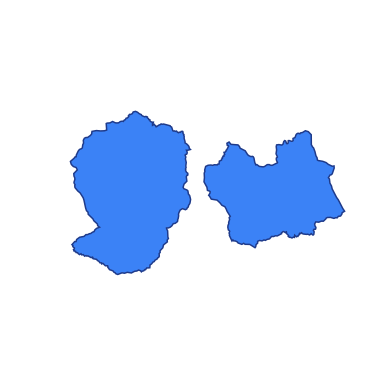 Ubalá, Cundinamarca, Colombia, rotated 323°
{"feature_id": "7082276B3208116605104", "entity_name": "Ubalá", "entity_type": "district", "adm_level": 2, "iso_a3": "COL", "parent_name": "Colombia", "parent_adm1": "Cundinamarca", "projection": "natural_earth1", "projection_center": [-73.441, 4.757], "detail": "fine", "context": "isolated", "style": "filled", "palette": "blue", "viewbox_px": 384, "rotation_deg": 323, "n_neighbors": 0, "source": "geoboundaries", "source_scale": "gbopen_adm2", "svg_char_len": 6051}
<svg xmlns="http://www.w3.org/2000/svg" viewBox="0 0 384 384"><g transform="rotate(323 192 192)"><path d="M164.7,85.7L161.1,91.2L158.9,90.4L155.7,88.2L152.6,85.4L148.6,83.4L146.7,85.3L144.8,85.7L141.4,85.6L140.0,84.6L138.4,84.3L136.3,85.3L134.8,87.7L133.1,88.6L131.0,90.7L130.0,90.9L127.7,90.3L125.8,90.8L121.8,92.9L120.7,94.1L119.8,93.6L118.0,94.1L113.3,94.4L112.3,97.0L112.3,98.4L112.6,100.3L114.2,102.7L113.7,105.3L108.7,106.1L107.3,108.3L106.9,110.1L106.1,111.4L103.6,113.2L103.1,114.3L103.0,115.8L102.1,116.4L101.2,118.1L101.4,122.5L102.1,125.5L101.6,131.2L100.8,133.5L97.4,140.8L96.5,143.4L96.8,145.6L95.7,147.3L96.7,153.8L96.3,155.9L97.2,160.6L96.4,162.1L97.0,164.5L93.9,163.6L91.6,163.8L90.0,164.7L88.3,164.2L86.2,164.2L84.8,163.5L83.0,163.2L81.6,162.2L79.1,162.5L75.0,160.5L71.3,160.5L69.6,161.8L68.5,161.0L64.4,161.8L64.7,163.1L64.1,163.6L64.0,164.5L64.4,166.0L63.5,166.7L62.7,166.7L62.7,167.4L62.3,167.8L62.8,168.1L62.8,169.2L63.3,169.4L63.0,170.6L64.1,171.6L64.0,172.6L64.5,174.3L66.2,174.5L66.1,175.9L67.5,176.6L67.6,178.6L69.1,179.0L69.5,180.0L70.4,180.3L71.9,183.6L73.4,184.2L73.4,184.6L72.8,184.8L72.9,185.8L75.3,188.4L75.2,189.8L75.9,191.1L75.9,193.2L77.0,194.1L76.6,195.1L77.9,195.4L78.4,198.8L80.2,200.1L80.2,200.6L79.5,201.3L79.4,204.4L81.4,207.4L81.4,209.2L82.0,210.2L82.0,211.5L83.1,213.2L87.4,214.4L89.3,216.3L92.0,217.2L94.9,220.2L98.5,220.8L100.4,221.9L102.4,222.2L103.5,223.9L103.5,225.3L104.4,225.2L106.1,225.9L107.5,225.5L108.1,226.1L110.0,225.4L112.7,227.1L114.6,225.0L116.4,225.1L118.6,224.5L120.0,224.8L121.4,224.2L124.0,224.5L124.9,224.0L126.2,224.1L127.3,223.5L128.7,221.4L130.2,221.1L131.1,219.7L135.1,219.0L137.4,217.1L142.3,217.0L143.2,215.5L145.2,214.9L145.6,213.5L149.2,208.3L149.5,206.3L150.0,205.4L151.6,206.5L153.5,207.0L155.5,206.9L158.0,206.0L159.7,206.9L162.3,206.9L163.2,206.5L163.7,205.6L164.8,205.0L167.0,203.0L167.7,201.8L168.8,200.8L171.7,199.3L174.4,199.6L176.1,202.2L177.7,202.4L178.6,201.8L180.0,201.7L181.3,200.6L183.3,199.9L184.4,199.0L186.4,197.1L187.2,195.3L188.0,193.4L187.9,191.5L189.4,188.6L189.2,187.4L187.5,184.5L187.7,182.9L190.4,180.9L194.4,180.3L196.6,176.4L198.1,175.6L198.6,176.0L199.1,175.7L199.9,174.5L199.5,173.0L199.8,171.0L200.5,170.4L200.6,169.7L201.9,169.0L202.7,167.5L205.2,164.9L206.7,161.5L208.1,160.4L208.7,158.4L209.4,158.1L210.4,158.6L211.4,158.1L212.1,157.3L212.7,155.3L213.5,156.0L216.3,157.1L216.1,155.7L216.9,153.9L217.0,152.7L216.7,150.5L216.0,148.6L216.8,147.5L218.0,144.4L219.4,142.6L219.5,141.7L220.1,141.3L220.0,140.1L220.5,139.0L220.9,138.8L221.0,137.9L219.8,137.1L218.7,137.4L217.8,136.5L217.0,136.6L216.4,135.7L216.3,134.0L215.1,133.5L214.8,132.7L213.7,132.0L213.6,131.4L214.8,127.9L214.3,126.8L214.4,125.9L210.2,120.6L209.5,120.4L208.2,119.0L207.6,119.2L205.8,118.6L202.9,118.5L202.5,118.2L202.9,117.2L202.4,115.8L202.5,115.2L200.6,115.0L201.6,113.6L202.5,113.6L203.2,113.0L202.0,112.1L201.3,110.7L201.3,109.7L201.8,109.0L201.1,108.2L201.4,107.3L201.0,105.7L201.5,105.2L200.7,103.9L199.5,103.5L198.1,101.2L197.9,100.2L198.1,99.7L197.0,97.7L196.5,95.5L195.4,93.6L193.2,92.7L191.5,93.5L189.3,93.0L188.8,92.4L187.0,92.9L186.9,93.7L184.9,94.0L183.9,93.4L182.2,94.1L181.2,93.8L179.6,94.3L179.0,93.5L177.2,92.6L175.1,92.6L173.6,91.7L172.4,90.6L171.0,87.9L168.0,87.4L165.7,85.9L164.7,85.7ZM249.2,174.1L248.2,176.0L249.0,176.8L248.9,177.4L245.1,179.2L244.3,179.2L243.8,179.8L242.6,180.1L241.4,179.6L240.7,181.7L239.6,181.8L239.0,182.6L238.2,182.1L237.8,182.6L236.9,182.7L236.5,183.5L235.4,183.5L234.7,184.3L232.4,183.8L230.5,185.9L229.4,185.3L228.6,185.6L226.1,183.6L224.6,183.2L223.3,181.8L220.9,180.3L218.3,179.8L215.3,182.1L214.8,183.2L213.1,184.3L210.5,188.1L207.7,191.1L206.8,197.2L205.3,200.0L206.6,201.9L206.7,202.6L205.7,203.7L203.3,204.7L203.5,205.8L203.1,209.3L207.1,213.5L207.8,217.4L207.9,220.6L209.4,223.5L209.1,225.9L208.4,228.6L207.9,234.5L206.3,234.8L205.5,236.6L203.0,238.3L202.3,239.4L200.7,240.3L199.4,241.7L198.2,244.2L198.6,245.3L198.4,246.1L196.9,247.1L196.6,248.2L195.7,249.2L194.4,255.2L195.8,254.9L195.9,256.2L197.1,257.1L198.1,259.0L198.1,260.4L200.3,263.8L202.4,264.1L202.9,265.7L206.6,268.6L208.8,274.4L209.9,274.1L211.5,272.6L213.7,272.3L214.6,271.0L215.0,270.9L216.8,271.4L218.5,273.2L220.6,273.6L221.5,274.8L223.3,275.0L225.7,276.1L228.8,275.4L230.4,276.7L232.2,277.1L233.7,278.4L238.5,279.2L238.9,278.5L241.0,278.4L241.6,279.1L242.0,280.3L243.4,280.6L243.3,281.0L242.4,281.2L242.9,284.9L242.1,285.4L242.6,286.9L243.1,287.1L244.2,288.9L246.0,289.1L246.5,289.9L248.0,288.3L248.4,290.6L249.5,290.6L249.8,291.2L251.4,290.6L252.2,290.7L252.8,289.8L253.4,289.8L253.9,290.7L254.9,290.4L255.4,292.3L258.0,294.8L259.0,295.3L260.1,297.1L262.2,297.0L262.5,298.9L263.0,299.3L263.7,299.2L265.6,297.3L265.9,295.6L267.1,295.2L268.1,296.0L268.6,295.9L269.7,294.8L269.8,293.2L270.7,291.3L272.9,290.4L275.1,292.4L277.7,293.1L279.4,294.4L282.8,294.0L283.5,293.6L284.7,293.8L287.3,295.6L289.5,298.5L291.3,299.0L292.4,300.0L294.2,299.5L296.2,300.6L298.3,299.9L299.5,298.9L302.3,299.2L302.5,295.8L304.1,286.5L304.2,283.3L305.8,273.9L307.0,271.2L307.5,267.9L309.6,264.3L309.5,262.7L312.4,261.5L313.5,262.0L314.9,261.9L319.9,258.5L321.1,256.7L319.5,255.8L317.5,252.0L316.8,249.2L314.9,246.2L311.8,242.9L311.4,241.9L312.5,239.9L312.8,237.6L314.5,233.7L315.6,230.0L315.4,228.6L315.8,226.0L321.7,218.0L321.2,213.8L319.4,211.3L316.1,211.0L314.2,210.1L313.2,210.4L312.1,208.9L310.9,208.6L309.7,208.8L307.0,210.5L304.9,210.0L303.7,211.8L302.7,211.8L302.0,211.4L300.5,209.3L299.8,208.9L298.3,210.7L297.5,210.9L296.7,210.2L297.5,207.6L297.0,206.7L295.7,206.9L293.6,208.5L292.0,208.6L289.9,206.4L287.9,205.3L286.6,206.4L284.9,209.3L282.1,212.1L281.4,215.2L281.1,215.6L279.9,215.6L279.1,216.4L278.4,217.9L278.1,219.8L277.7,220.1L272.2,219.0L271.0,218.1L270.1,216.5L268.5,215.4L265.4,215.3L264.0,214.8L261.2,212.1L260.3,209.1L259.3,208.8L259.9,206.2L261.9,202.2L262.1,200.7L261.7,199.9L260.4,199.2L259.4,197.5L258.9,195.7L259.3,191.1L256.8,186.0L257.3,184.2L257.1,182.1L251.8,177.4L251.7,174.4L249.2,174.1Z" fill="#3b82f6" stroke="#1e3a8a" stroke-width="1.5"/></g></svg>